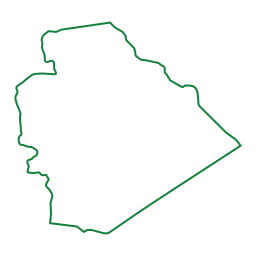 the Province of As Suwayda'
{"feature_id": "SYR-143", "entity_name": "As Suwayda'", "entity_type": "Province", "adm_level": 1, "iso_a3": "SYR", "parent_name": "Syria", "parent_adm1": "", "projection": "orthographic", "projection_center": [36.682, 32.769], "detail": "fine", "context": "isolated", "style": "outline", "palette": "green", "viewbox_px": 256, "rotation_deg": 0, "n_neighbors": 0, "source": "natural_earth", "source_scale": "10m", "svg_char_len": 3075}
<svg xmlns="http://www.w3.org/2000/svg" viewBox="0 0 256 256"><path d="M240.6,145.6L225.3,155.7L192.0,177.3L170.5,191.3L140.7,210.9L109.3,232.5L106.8,233.4L104.1,233.3L91.6,230.0L87.4,229.9L84.0,231.9L76.9,226.5L50.2,223.2L50.1,221.8L50.9,215.2L51.1,214.6L50.5,203.4L50.6,202.4L52.0,197.9L52.1,197.0L52.3,195.1L52.1,194.3L51.6,193.2L49.7,190.1L47.0,187.1L46.0,185.6L46.0,185.0L46.1,184.3L47.2,181.9L48.4,180.2L48.6,179.8L48.3,178.5L46.0,174.9L42.8,175.2L42.4,175.2L42.0,175.1L41.3,174.7L40.6,174.1L40.1,173.5L39.3,172.6L38.9,172.5L38.4,172.4L37.9,172.4L34.2,173.0L31.2,172.9L28.0,172.4L27.7,172.0L27.5,171.3L27.8,169.8L27.9,169.1L28.6,167.3L28.8,166.4L28.6,165.7L27.5,163.1L27.3,162.1L27.6,160.8L28.0,160.4L28.4,160.1L30.9,159.3L31.6,159.0L31.9,158.8L32.2,158.5L33.2,157.4L33.5,157.1L34.1,156.7L35.5,156.0L36.1,155.5L36.6,155.0L36.8,154.6L37.0,154.3L37.4,152.6L37.4,151.6L37.0,150.8L36.1,149.8L33.5,148.1L32.3,147.4L31.4,147.0L27.5,146.6L26.6,146.4L23.7,145.2L23.2,145.0L22.8,145.0L21.8,144.9L20.9,144.8L20.4,144.5L20.1,144.2L19.8,143.8L19.3,142.8L19.0,142.1L18.9,141.6L18.7,140.1L18.7,139.1L18.9,137.7L19.3,136.5L21.4,134.6L20.0,119.1L20.0,115.4L20.3,114.9L20.4,114.7L20.6,113.9L19.9,111.5L16.5,103.2L16.0,100.8L15.5,99.2L15.4,97.8L15.4,97.3L15.5,96.8L15.7,96.0L17.3,92.9L17.4,92.4L17.5,92.0L17.5,91.5L17.4,91.1L17.3,90.6L17.1,90.3L16.6,89.2L16.4,88.4L16.3,87.9L16.4,87.4L16.7,86.8L17.4,86.0L20.5,83.7L22.9,82.3L25.6,79.8L31.5,75.2L33.0,74.5L35.1,73.9L42.9,73.5L54.3,74.3L55.3,74.2L55.7,74.0L55.9,73.7L55.9,73.1L55.6,71.9L54.7,70.0L54.3,69.2L54.2,68.8L54.2,68.4L53.9,62.9L53.7,62.1L53.5,61.7L53.3,61.4L53.0,61.1L52.7,61.0L52.2,60.8L51.8,60.8L50.8,60.9L50.4,61.0L47.4,62.1L47.1,62.1L46.8,62.1L46.4,62.0L46.1,61.8L45.8,61.6L45.5,61.4L45.1,60.8L44.9,60.4L44.8,60.0L44.7,56.4L44.6,55.4L44.5,54.6L44.2,53.7L42.9,50.8L42.4,49.3L41.9,47.6L41.9,47.0L42.0,46.3L42.2,45.1L42.4,43.6L42.4,43.1L42.2,42.2L41.8,41.0L41.7,40.6L41.6,40.0L41.7,39.4L41.9,38.3L42.3,37.3L42.8,36.2L43.8,35.0L44.9,34.0L48.2,31.4L49.0,31.3L50.2,31.3L55.7,31.9L57.2,31.6L61.0,29.7L109.9,22.6L110.3,22.8L112.1,24.7L112.9,25.4L114.5,27.0L116.2,28.3L121.8,31.4L122.4,31.9L124.6,34.3L125.4,35.8L125.6,36.6L126.0,39.3L126.3,40.1L126.8,40.7L133.6,47.6L134.0,48.1L134.3,48.6L134.6,49.4L135.1,51.4L135.3,53.4L135.4,54.3L135.6,55.2L135.8,55.6L136.0,55.9L136.5,56.4L140.5,59.4L141.1,59.7L144.5,60.2L145.6,60.2L158.2,62.9L159.2,63.5L159.5,63.7L160.0,64.3L161.0,65.0L163.3,66.3L163.9,66.8L164.2,67.0L164.4,67.3L164.6,67.7L164.7,68.1L164.8,68.5L164.8,68.9L164.8,69.5L164.6,70.3L164.7,71.6L164.7,71.9L164.8,72.2L165.2,72.9L165.6,73.5L166.0,74.1L166.2,74.3L166.3,74.4L166.6,74.6L167.1,75.1L167.3,75.5L167.6,76.1L167.8,76.5L168.0,76.8L168.1,77.1L168.3,77.4L168.7,77.9L169.2,78.3L169.5,78.8L169.9,80.2L179.8,85.9L182.3,87.1L182.7,87.0L183.4,86.7L183.7,86.5L184.0,86.3L184.5,85.7L185.5,85.5L191.0,85.7L194.1,86.7L195.5,88.1L196.3,89.4L196.7,90.1L196.9,90.9L197.6,93.2L198.5,103.8L198.7,104.6L198.8,105.0L199.4,106.0L226.0,132.5L235.5,139.4L237.3,141.3L240.6,145.6L240.6,145.6Z" fill="none" stroke="#15803d" stroke-width="2"/></svg>